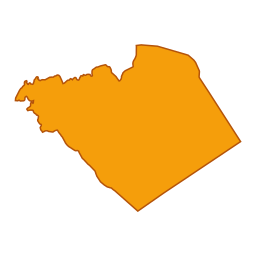 outline of Homs (Hims)
{"feature_id": "SYR-139", "entity_name": "Homs (Hims)", "entity_type": "Province", "adm_level": 1, "iso_a3": "SYR", "parent_name": "Syria", "parent_adm1": "", "projection": "equal_earth", "projection_center": [37.187, 34.261], "detail": "fine", "context": "isolated", "style": "filled", "palette": "amber", "viewbox_px": 256, "rotation_deg": 0, "n_neighbors": 0, "source": "natural_earth", "source_scale": "10m", "svg_char_len": 4925}
<svg xmlns="http://www.w3.org/2000/svg" viewBox="0 0 256 256"><path d="M30.8,101.1L29.5,100.6L28.4,99.5L27.1,96.9L26.3,96.3L25.1,97.2L24.9,97.8L24.9,99.2L24.7,99.9L24.2,100.5L23.6,100.8L20.3,101.0L20.0,100.8L19.3,100.3L19.0,100.2L18.7,100.3L18.0,100.7L17.8,100.8L15.4,100.6L15.5,99.8L15.6,98.4L15.7,97.9L19.5,90.4L20.8,88.5L21.0,88.3L21.4,88.2L21.6,88.0L21.9,87.8L22.7,86.5L24.2,85.2L24.3,84.9L24.4,84.7L24.5,84.6L24.5,84.1L24.4,83.4L24.4,83.1L24.4,82.8L24.5,82.1L24.7,81.6L24.8,81.5L25.1,81.2L25.5,81.0L26.6,80.7L26.9,81.4L26.9,81.6L26.7,81.8L26.4,82.3L26.3,82.5L26.5,82.7L26.8,82.9L27.1,83.2L27.6,84.0L27.8,84.3L28.1,84.4L28.3,84.4L28.4,84.2L29.1,83.2L29.4,83.0L29.6,82.9L30.0,82.9L30.2,83.1L30.3,83.2L30.7,83.9L32.4,84.3L32.6,84.3L32.9,84.2L33.0,84.0L33.4,83.4L33.5,83.3L33.5,83.1L33.6,82.5L33.6,82.3L33.7,82.1L34.0,81.7L34.1,81.4L34.2,81.2L34.1,80.7L34.1,80.2L35.5,78.5L35.9,77.7L36.4,77.1L36.5,77.0L36.6,76.9L37.1,76.8L37.3,76.8L37.5,76.8L37.9,77.0L38.0,77.1L38.1,77.3L38.2,77.6L38.1,77.8L38.0,78.0L37.8,78.3L37.7,78.4L37.7,78.6L37.7,78.8L37.8,78.9L37.9,79.0L38.3,79.0L38.5,79.1L38.8,79.3L38.8,79.9L38.9,80.1L39.1,80.3L39.6,80.5L39.9,80.6L40.2,80.6L40.3,80.6L40.5,80.5L41.2,80.0L42.4,79.7L45.1,79.8L49.5,77.4L50.0,77.2L50.1,77.3L50.3,77.3L50.5,77.3L50.9,77.2L51.4,77.1L51.5,77.2L53.4,77.1L53.6,77.0L54.4,76.2L54.7,76.1L55.0,76.0L55.5,76.0L55.8,75.9L56.0,75.8L56.8,75.2L57.2,75.1L57.5,75.0L58.1,75.1L58.8,75.3L59.6,76.1L59.9,76.5L60.0,76.6L61.7,80.3L63.0,83.6L64.2,83.2L64.5,83.0L67.2,80.6L67.6,80.3L68.1,80.2L69.0,80.1L69.3,80.0L69.5,79.9L70.1,79.0L70.3,78.8L70.4,78.7L70.7,78.7L70.8,78.8L71.1,78.8L71.4,79.0L71.5,79.2L71.6,79.3L72.1,79.4L72.5,79.7L72.8,79.2L73.0,78.9L73.3,78.6L74.6,77.6L74.9,77.5L75.2,77.5L75.3,77.5L75.6,77.6L75.8,77.7L76.0,77.9L76.2,78.1L76.5,78.8L76.7,79.3L76.8,79.5L77.1,79.7L77.5,79.9L78.2,80.1L78.4,80.1L78.6,80.1L78.9,79.8L79.2,79.4L79.3,79.3L79.4,79.0L79.6,78.0L79.7,77.9L79.8,77.7L80.2,77.3L80.3,77.2L80.5,76.5L80.5,76.3L80.7,76.1L80.9,75.9L81.0,75.8L81.7,75.8L82.6,76.0L82.8,76.0L82.9,75.9L82.9,75.6L82.9,75.4L83.0,75.2L83.3,74.8L83.5,74.6L83.8,74.6L84.4,75.1L84.9,75.2L85.3,75.3L85.7,75.2L86.1,75.0L86.6,74.6L86.8,74.5L87.0,74.4L87.4,74.4L88.1,74.3L88.4,74.3L88.8,74.4L89.5,74.4L90.0,74.5L90.6,75.6L90.8,75.9L91.0,76.0L91.6,76.2L91.8,76.2L92.0,76.1L92.2,75.9L92.3,75.7L92.4,75.3L92.4,75.2L92.3,74.9L92.0,74.0L92.0,73.7L92.0,71.8L92.1,70.8L92.2,70.6L92.4,70.0L92.5,69.9L92.7,69.7L93.1,69.4L94.2,68.7L95.9,67.4L96.3,67.2L96.6,67.1L97.1,67.1L97.3,67.1L98.1,66.9L100.6,65.9L105.2,64.8L105.4,64.8L105.6,64.8L106.1,65.1L106.4,65.4L107.1,66.2L107.3,66.4L107.5,66.6L107.8,66.6L108.0,66.7L109.1,66.7L109.4,66.8L109.7,67.0L109.8,67.1L110.0,67.4L110.2,67.7L110.3,68.0L110.4,68.3L110.5,68.5L110.8,68.9L110.9,69.1L111.2,70.1L111.3,70.6L111.3,71.3L111.5,72.3L111.6,72.5L111.8,72.8L112.3,73.3L112.6,73.5L115.7,76.3L116.1,76.7L116.6,77.5L118.7,80.5L119.0,80.9L119.4,80.9L119.8,80.7L120.9,79.4L121.0,79.2L121.1,78.7L121.3,78.4L121.4,78.0L121.4,77.9L121.5,77.6L121.5,77.3L121.5,76.5L121.5,76.4L121.8,75.7L122.1,75.0L122.1,74.9L122.5,74.4L122.6,74.2L122.7,73.4L122.9,73.0L124.4,71.4L125.3,70.7L132.6,67.1L133.0,66.8L133.2,66.4L132.9,64.0L132.9,63.4L133.0,62.7L133.1,62.1L133.4,61.3L133.6,60.8L134.9,58.7L135.4,57.6L136.0,56.1L136.3,54.9L136.4,46.7L136.3,45.5L141.2,44.9L157.4,46.2L188.2,55.2L193.8,60.1L195.6,62.5L199.2,70.6L199.4,71.3L199.4,72.0L199.1,76.2L199.1,77.0L199.4,77.7L199.6,78.1L208.9,92.3L240.6,141.6L163.3,193.3L149.7,202.8L137.8,211.1L115.0,190.9L113.3,189.7L111.9,188.5L111.6,188.2L111.1,187.9L110.9,187.9L109.9,187.7L109.4,187.5L107.3,186.9L106.4,186.4L105.9,186.0L104.3,185.0L100.5,181.8L96.8,176.1L96.5,175.1L96.3,174.7L95.9,173.6L95.8,173.4L95.7,172.9L95.2,171.5L94.9,170.9L89.5,165.3L88.9,164.9L88.0,164.2L83.5,159.3L82.7,158.7L82.3,158.3L79.4,153.0L79.2,152.6L78.8,151.7L78.8,151.4L78.7,151.3L78.7,151.2L78.3,150.9L77.2,150.5L76.1,150.7L75.6,150.7L75.3,150.6L74.7,150.4L69.3,146.9L68.9,146.7L68.3,146.2L66.4,144.3L66.2,143.8L66.0,143.5L65.6,143.2L65.4,142.8L65.3,142.6L64.7,141.4L64.6,141.2L64.2,140.5L64.1,140.4L63.8,139.7L63.0,138.3L62.6,137.5L62.3,137.0L61.3,135.9L60.5,134.5L59.7,133.7L58.5,132.0L58.3,131.7L57.6,130.4L57.3,130.1L57.0,130.1L56.6,130.2L54.9,130.7L53.0,132.0L52.8,132.0L52.4,132.0L48.4,131.4L47.4,130.8L47.2,130.8L45.9,130.8L45.0,131.0L43.6,131.8L42.5,132.2L42.2,131.5L40.9,130.0L40.5,128.9L40.2,127.5L40.7,126.6L41.2,125.8L41.3,124.8L41.0,124.3L40.7,124.2L40.3,124.2L39.9,124.0L39.3,123.3L38.1,121.4L37.8,120.9L37.7,120.3L37.7,119.7L37.9,119.3L38.1,119.0L38.2,118.4L38.4,117.2L38.5,116.4L38.2,115.8L37.3,115.1L36.9,115.2L36.5,114.9L35.7,113.9L34.8,113.4L34.0,112.7L33.5,111.8L33.1,110.5L32.4,110.2L30.8,110.1L29.2,110.2L28.0,110.6L27.8,110.6L27.7,110.6L26.8,109.1L27.8,108.0L29.3,107.1L30.4,106.2L30.6,105.0L30.6,103.9L30.7,103.0L31.5,102.5L32.3,102.7L32.9,103.3L33.3,102.9L33.5,100.6L32.2,101.1L30.8,101.1Z" fill="#f59e0b" stroke="#b45309" stroke-width="1.5"/></svg>